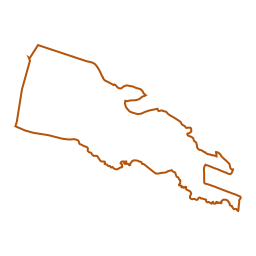 outline of Belmont, Dennery, Saint Lucia
{"feature_id": "8701671B1177875671821", "entity_name": "Belmont", "entity_type": "district", "adm_level": 2, "iso_a3": "LCA", "parent_name": "Saint Lucia", "parent_adm1": "Dennery", "projection": "albers", "projection_center": [-60.925, 13.95], "detail": "fine", "context": "isolated", "style": "outline", "palette": "amber", "viewbox_px": 256, "rotation_deg": 0, "n_neighbors": 0, "source": "geoboundaries", "source_scale": "gbopen_adm2", "svg_char_len": 5938}
<svg xmlns="http://www.w3.org/2000/svg" viewBox="0 0 256 256"><path d="M157.5,108.8L149.6,110.4L145.0,111.9L141.4,113.6L137.8,114.1L132.8,112.8L129.5,111.4L126.0,107.3L124.9,103.6L125.3,100.8L127.1,101.2L130.0,100.5L131.4,100.4L135.1,100.3L136.5,100.0L137.6,99.6L138.8,99.3L140.0,98.6L141.7,97.1L142.5,96.6L144.3,96.0L145.8,95.2L144.9,94.5L143.3,92.9L142.9,91.7L142.4,91.0L141.1,89.7L140.5,89.2L139.4,88.8L138.1,88.5L134.9,87.5L133.2,86.6L126.7,85.4L125.3,85.8L124.2,86.1L121.5,88.2L120.6,88.4L119.8,88.4L118.9,88.2L117.7,87.5L115.4,85.0L115.0,84.7L114.6,84.5L114.1,84.5L113.5,85.1L112.6,84.5L110.0,83.0L107.0,81.5L106.0,81.1L105.1,80.5L104.2,79.8L103.6,79.0L103.1,78.4L102.9,77.4L102.5,76.7L101.8,75.7L100.7,73.2L99.9,71.3L98.3,68.6L96.5,65.8L94.5,63.7L91.6,62.3L86.5,61.2L38.0,45.1L29.6,58.3L28.8,57.7L30.0,60.6L22.0,89.2L16.8,121.8L15.4,126.3L25.1,130.5L33.4,132.8L48.5,135.2L62.3,138.7L67.7,139.4L71.1,139.5L71.9,139.3L73.7,139.2L74.7,139.3L75.6,139.5L77.1,140.0L78.1,140.5L78.7,141.2L79.2,143.1L79.5,143.8L80.0,144.2L81.3,144.6L83.6,145.9L86.4,146.9L87.3,147.4L87.6,147.8L87.8,148.2L87.8,150.0L87.8,150.9L88.0,151.2L88.7,151.9L89.5,152.4L90.6,152.6L91.0,152.7L91.3,153.1L92.1,154.6L92.7,155.1L93.6,155.7L93.8,155.9L94.0,155.8L96.0,155.8L97.1,156.0L99.2,159.0L99.7,159.8L100.8,161.2L101.2,161.4L104.5,161.6L104.8,161.8L105.0,162.6L104.6,163.8L104.8,164.0L105.1,164.2L106.0,164.3L106.7,164.5L108.3,166.0L110.0,166.1L110.2,166.3L110.9,167.3L111.2,167.5L111.5,167.4L111.7,167.2L112.5,167.0L112.9,167.6L113.9,168.4L115.2,169.1L116.7,169.4L117.9,169.0L120.8,167.3L122.0,167.3L122.2,166.9L122.0,165.3L122.1,164.5L121.6,164.0L120.9,163.7L120.6,163.4L120.7,162.7L120.9,162.5L121.3,161.8L121.6,161.7L122.4,161.5L123.0,161.4L124.0,161.6L126.3,161.5L126.4,162.1L126.2,162.4L125.8,162.6L124.5,162.8L124.3,163.0L124.2,163.3L124.3,163.4L124.9,163.8L125.3,163.9L127.7,163.9L128.0,164.0L128.5,164.2L128.9,164.9L129.3,165.2L129.7,165.3L129.9,165.2L130.2,164.9L130.2,164.4L129.9,164.1L130.1,163.6L131.9,161.6L132.3,161.0L132.8,160.7L133.6,160.6L134.2,160.3L134.5,160.3L137.9,160.7L138.5,161.1L139.3,161.6L140.1,161.6L141.4,162.2L142.1,163.6L142.2,163.9L143.5,164.0L144.0,164.2L148.4,167.8L154.0,172.2L155.7,173.4L156.1,173.5L157.9,173.6L160.9,173.0L161.7,172.8L161.9,172.8L162.1,172.9L162.7,172.9L164.0,172.6L165.4,172.5L166.4,172.2L167.5,171.4L168.3,171.1L171.6,170.2L171.9,170.7L172.9,171.4L173.4,171.8L174.7,172.3L175.0,172.5L175.3,172.9L175.9,175.0L176.6,176.6L177.1,177.0L178.0,177.3L178.2,177.6L178.5,177.9L179.2,179.6L179.6,179.9L180.2,180.1L180.3,180.3L180.2,182.3L180.1,183.3L179.8,183.7L179.0,184.5L179.0,184.8L179.1,185.2L179.3,185.4L180.2,185.5L181.3,185.7L181.6,186.1L181.4,186.7L181.4,187.0L181.6,187.3L181.9,187.3L182.1,187.2L182.5,186.7L183.1,187.0L183.2,187.4L183.5,187.7L184.0,187.6L185.1,186.9L185.8,186.9L186.2,187.0L186.3,187.2L185.7,188.2L185.7,188.4L186.3,189.4L187.0,189.8L188.3,190.4L190.3,191.5L191.0,192.9L191.2,193.5L190.8,194.5L190.1,196.0L189.9,197.0L190.0,197.6L190.3,198.3L191.0,198.8L191.9,199.1L193.0,199.2L194.2,198.9L194.9,199.1L196.2,199.8L196.9,199.9L197.3,199.7L197.7,199.4L198.5,198.1L199.2,197.6L199.7,197.5L200.3,197.8L200.9,198.4L201.3,198.6L202.3,198.5L203.0,198.7L203.7,199.1L205.3,199.4L206.0,199.7L206.1,199.8L206.0,200.7L206.1,201.1L206.3,201.4L207.1,202.3L207.5,202.4L208.1,202.2L208.4,202.0L208.7,202.0L208.9,202.3L209.7,202.5L210.0,202.6L211.0,203.4L211.3,203.6L211.6,203.6L211.7,203.3L211.8,203.0L212.0,202.6L212.4,202.2L212.9,201.9L213.1,201.9L213.3,202.1L213.4,203.2L213.8,203.5L214.1,203.6L215.5,203.6L216.0,203.2L216.1,202.5L216.4,201.9L216.7,201.9L217.2,202.3L217.6,202.3L217.8,203.0L218.1,203.1L219.2,202.6L219.5,202.7L220.1,203.0L220.5,203.1L220.9,203.2L221.3,203.2L221.4,202.9L221.3,202.5L221.4,202.2L221.2,201.7L221.9,200.8L223.0,199.9L223.8,199.6L225.2,199.7L226.6,200.0L227.5,200.5L227.7,201.0L228.4,201.4L228.5,201.7L228.8,202.5L229.0,202.7L229.4,202.9L229.6,203.1L229.7,203.9L229.7,204.4L229.9,205.2L231.1,205.8L231.8,205.9L231.9,206.2L231.9,206.6L232.8,207.6L233.1,208.4L233.4,208.6L234.0,209.2L235.8,208.9L236.7,209.3L237.0,209.7L237.3,210.4L237.5,210.7L238.2,210.9L238.5,209.3L238.9,204.0L239.2,203.3L239.2,200.6L239.3,200.0L240.2,198.8L240.6,198.3L240.6,197.8L240.6,197.1L240.2,196.5L239.4,196.2L234.0,193.9L232.8,193.6L222.9,189.9L219.2,188.4L217.6,187.9L215.5,186.9L208.2,184.4L205.5,183.7L204.8,183.4L204.5,183.0L204.2,182.6L204.2,180.1L204.1,177.3L204.2,173.8L204.0,171.6L203.9,168.8L204.2,167.1L204.6,166.2L205.5,164.7L206.6,165.2L207.2,165.3L208.9,165.9L213.8,167.9L215.6,168.6L216.4,168.8L218.5,169.6L221.4,170.9L226.0,172.7L228.0,173.6L229.6,174.1L230.1,174.0L230.9,173.8L231.4,173.4L231.8,172.7L232.2,171.6L232.9,170.1L233.0,169.4L232.4,169.4L231.7,169.3L231.2,169.1L230.7,168.5L230.3,167.7L229.7,165.1L229.5,164.2L229.1,163.6L226.7,161.2L223.1,158.0L221.6,156.4L220.6,154.8L219.9,154.1L218.8,153.0L218.2,152.6L216.6,152.1L216.1,152.0L216.0,152.8L216.3,153.4L216.3,153.8L216.6,155.0L216.5,155.7L216.5,156.4L214.4,155.5L213.0,155.4L212.7,155.1L211.5,155.1L211.2,155.0L210.7,154.6L209.6,154.5L207.3,153.9L205.6,152.9L204.6,152.0L203.9,151.9L203.6,151.7L201.6,150.3L200.9,150.1L199.8,150.0L198.4,149.2L197.1,147.5L197.1,146.6L196.9,145.2L196.6,144.4L196.4,143.2L196.2,142.8L195.5,141.9L194.4,141.3L194.0,140.7L193.7,139.9L193.5,139.2L193.0,138.0L192.2,137.4L191.3,136.8L188.4,135.8L187.9,135.3L187.4,134.7L187.3,134.3L187.3,134.0L187.5,133.6L188.0,133.4L188.6,133.4L189.7,132.9L190.7,132.1L191.3,131.5L191.3,131.3L191.3,130.9L191.2,130.5L191.2,129.1L191.1,128.4L190.9,128.2L190.3,127.8L189.8,127.6L189.5,127.6L186.5,127.9L186.0,127.8L185.7,127.5L185.4,126.8L184.7,126.1L182.0,124.6L181.1,122.7L180.2,121.6L174.5,117.9L171.1,115.9L170.6,115.8L169.7,115.1L168.6,114.3L167.7,113.6L166.5,112.1L165.5,111.5L164.5,111.4L162.3,110.6L162.2,110.5L161.0,110.5L159.5,110.9L159.0,111.0L158.7,110.9L158.2,110.7L157.7,109.7L157.5,108.8Z" fill="none" stroke="#b45309" stroke-width="2"/></svg>